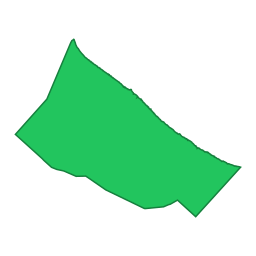 Berisso, Buenos Aires, Argentina
{"feature_id": "61730980B11593916805025", "entity_name": "Berisso", "entity_type": "district", "adm_level": 2, "iso_a3": "ARG", "parent_name": "Argentina", "parent_adm1": "Buenos Aires", "projection": "albers", "projection_center": [-57.796, -34.898], "detail": "fine", "context": "isolated", "style": "filled", "palette": "green", "viewbox_px": 256, "rotation_deg": 0, "n_neighbors": 0, "source": "geoboundaries", "source_scale": "gbopen_adm2", "svg_char_len": 5319}
<svg xmlns="http://www.w3.org/2000/svg" viewBox="0 0 256 256"><path d="M240.6,167.2L239.8,166.9L238.0,166.5L237.3,166.4L237.1,166.5L236.4,166.4L236.0,166.0L235.5,166.2L235.1,166.2L234.9,165.9L234.7,165.9L234.4,166.0L233.8,165.7L233.1,165.3L231.5,164.7L230.7,164.6L228.7,163.7L228.0,163.9L227.8,163.8L227.6,163.9L227.4,163.9L226.9,163.4L226.7,162.9L226.4,162.7L225.7,162.5L225.0,162.0L224.4,161.7L224.0,161.6L223.7,161.4L223.4,161.4L223.0,161.0L222.2,161.4L222.1,161.2L221.7,161.2L221.6,161.3L220.8,160.5L220.5,160.4L220.1,160.1L219.4,159.7L219.1,159.3L218.6,159.2L218.0,158.7L217.8,158.8L216.8,158.4L216.1,157.7L215.1,157.2L214.4,156.5L214.4,156.3L214.1,156.2L214.0,156.7L213.8,156.5L213.6,156.1L213.2,155.9L212.7,155.6L212.3,155.6L212.1,155.4L211.7,155.4L211.4,155.3L211.2,155.1L211.0,154.6L210.7,154.5L210.5,154.2L210.0,154.1L209.8,153.8L208.7,153.1L208.5,152.7L208.1,152.4L207.7,152.6L207.5,152.2L207.0,151.9L206.9,152.0L207.1,152.2L207.0,152.3L206.5,152.0L205.9,152.1L205.3,151.8L205.0,151.7L204.8,151.9L204.6,151.8L204.0,151.2L203.0,150.5L202.7,150.1L202.4,150.0L201.7,150.0L200.9,149.6L200.3,149.2L199.8,148.8L199.4,148.6L199.3,148.3L198.8,148.3L198.2,147.9L197.5,148.3L197.3,147.9L197.2,148.0L197.2,147.9L196.9,147.6L196.8,147.3L196.2,146.8L196.1,146.4L196.1,146.1L195.9,146.0L195.6,146.1L195.4,145.7L194.7,145.5L193.7,144.2L192.9,143.4L192.5,143.2L192.1,142.8L191.8,142.2L191.2,141.8L191.0,141.6L190.8,141.6L190.1,141.0L189.8,140.9L189.7,140.7L189.3,140.5L187.8,140.4L187.9,139.8L187.5,139.8L187.4,139.4L186.6,139.0L186.6,138.8L186.5,138.7L186.0,138.6L185.9,138.8L185.7,138.6L185.4,138.5L185.3,138.2L184.8,138.0L184.5,137.9L184.2,137.4L183.8,137.4L183.6,137.3L183.2,137.3L183.1,137.0L182.8,136.9L181.9,136.5L181.0,135.5L180.6,135.2L180.4,134.6L180.1,134.5L180.0,134.3L179.8,134.1L179.7,133.9L179.4,134.0L179.2,133.9L178.6,134.0L178.4,134.2L178.1,134.1L177.7,133.7L177.4,133.5L177.3,133.2L176.6,133.1L176.0,132.5L175.5,132.3L174.4,131.3L173.2,129.8L172.5,129.2L171.9,129.0L171.7,128.7L171.3,128.4L170.3,127.9L170.1,127.7L169.9,127.7L169.3,127.4L168.5,126.3L167.4,125.4L167.1,124.9L166.7,124.8L166.4,124.8L165.9,124.4L165.5,124.2L165.3,123.9L164.1,122.6L163.9,122.2L163.5,121.9L163.2,121.9L162.8,121.8L162.3,121.4L161.9,121.5L161.6,121.4L160.6,120.2L160.4,119.6L160.1,119.6L159.2,118.8L158.5,118.0L158.5,117.8L158.3,117.7L158.0,117.5L157.7,116.9L157.1,116.5L156.9,116.5L156.7,116.2L156.5,116.3L156.0,115.9L155.6,115.4L155.2,114.8L154.9,114.5L154.9,114.3L154.6,113.9L154.0,113.7L154.0,113.4L153.7,113.3L153.5,113.0L153.5,112.5L153.1,112.3L152.9,112.2L152.5,111.9L152.1,111.1L151.9,111.1L151.1,110.4L150.9,110.0L150.8,109.9L150.8,109.7L151.0,109.6L150.9,109.4L150.5,109.4L150.6,109.1L150.1,109.1L150.0,108.9L149.4,108.8L149.2,108.6L149.1,108.2L148.9,108.0L148.6,107.6L148.4,107.5L148.4,107.1L148.1,107.1L148.0,106.8L147.7,106.7L147.6,106.3L147.4,106.2L147.1,105.9L146.9,105.9L146.8,105.6L146.7,105.4L146.2,105.2L145.6,104.9L145.3,104.5L144.9,103.7L144.4,103.2L144.2,103.2L143.8,102.6L143.7,102.6L143.3,102.3L143.0,102.2L142.9,101.7L142.6,101.2L142.3,100.9L142.1,100.5L141.9,100.6L141.0,100.0L141.0,99.9L141.3,99.7L141.2,99.2L140.5,99.2L140.0,98.7L139.4,98.5L139.1,98.2L138.8,98.0L138.4,97.7L138.1,97.3L138.0,97.0L137.7,97.0L137.4,97.2L137.6,96.8L137.4,96.5L137.5,96.3L136.4,95.1L135.6,94.7L134.9,94.2L134.5,94.1L134.2,93.9L133.8,94.0L133.9,93.8L134.0,93.7L133.9,93.6L133.5,93.5L133.2,92.9L133.2,92.7L132.6,92.2L132.4,91.9L131.5,90.6L131.3,90.2L131.4,89.8L131.3,89.6L131.2,89.5L130.4,89.5L130.2,89.6L130.0,89.9L129.8,90.0L129.5,89.9L128.8,89.6L128.3,89.6L128.3,89.3L128.1,89.1L127.5,88.8L126.9,88.7L126.6,88.3L126.2,88.2L125.7,87.9L125.6,87.5L125.4,87.3L125.2,87.3L125.1,87.2L124.9,87.3L124.7,87.5L124.5,87.1L124.2,87.1L124.1,86.8L123.9,86.9L123.7,86.9L123.4,87.0L123.3,86.8L123.4,86.5L122.9,86.0L122.9,85.9L122.9,85.7L122.2,85.2L121.8,84.8L121.8,84.6L121.3,84.2L121.2,83.9L120.4,83.5L119.7,82.9L119.4,82.7L119.2,82.5L119.3,82.3L119.2,82.2L119.0,82.3L118.8,82.1L117.9,81.4L117.5,81.2L117.0,80.7L116.0,80.1L115.3,79.5L115.1,79.5L114.3,78.8L113.7,78.4L113.2,77.9L113.0,78.0L112.8,77.6L111.9,77.1L111.6,77.0L111.6,76.8L111.2,76.5L111.0,76.4L111.0,76.2L110.7,76.3L110.3,76.0L110.2,75.7L109.8,75.5L109.4,75.3L109.5,75.1L109.5,74.9L109.4,74.7L109.0,74.9L108.7,74.7L108.6,74.8L108.2,74.4L108.2,74.0L107.4,73.9L107.3,73.7L106.6,73.2L106.1,72.8L105.7,72.6L105.6,72.4L105.4,72.3L105.0,72.2L103.6,71.1L103.1,70.9L103.1,70.7L102.8,70.6L102.6,70.2L101.7,69.6L101.5,69.4L101.0,69.3L100.8,69.1L99.9,68.4L99.9,68.1L99.5,68.0L98.9,67.5L98.7,67.5L98.0,67.5L97.6,67.0L97.5,66.6L97.4,66.3L97.1,66.3L95.0,64.7L94.6,64.7L94.4,64.4L94.2,64.3L93.5,63.9L92.9,63.1L92.6,63.1L92.4,63.2L92.2,62.8L91.7,62.2L91.3,62.2L91.1,61.8L90.9,61.9L90.8,61.5L90.7,61.4L90.4,61.4L90.2,61.2L89.9,61.1L89.2,60.3L89.1,60.2L88.9,60.3L88.6,59.8L87.9,59.6L87.0,58.7L86.6,58.3L86.4,58.3L86.1,57.9L85.2,57.5L84.8,56.9L83.3,55.1L81.4,53.1L80.2,51.6L79.7,51.0L78.2,48.5L77.4,47.8L76.9,47.1L75.6,44.3L75.4,43.2L74.4,40.6L74.2,39.8L73.9,39.4L73.7,39.3L73.3,39.6L73.0,40.0L71.9,40.6L70.7,42.8L46.9,99.1L15.4,134.4L42.4,158.8L43.3,159.8L44.1,160.6L51.5,167.3L56.7,169.4L63.6,170.9L76.1,176.3L85.8,176.1L105.8,189.9L144.2,208.4L145.0,208.6L163.6,206.8L168.5,204.7L170.3,204.2L177.5,200.1L195.7,216.7L240.6,167.2Z" fill="#22c55e" stroke="#15803d" stroke-width="1.5"/></svg>